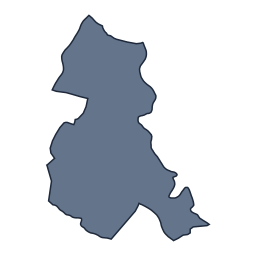 outline of Resinard, Castries, Saint Lucia
{"feature_id": "8701671B52982434499588", "entity_name": "Resinard", "entity_type": "district", "adm_level": 2, "iso_a3": "LCA", "parent_name": "Saint Lucia", "parent_adm1": "Castries", "projection": "mercator", "projection_center": [-60.941, 14.004], "detail": "fine", "context": "isolated", "style": "filled", "palette": "slate", "viewbox_px": 256, "rotation_deg": 0, "n_neighbors": 0, "source": "geoboundaries", "source_scale": "gbopen_adm2", "svg_char_len": 5809}
<svg xmlns="http://www.w3.org/2000/svg" viewBox="0 0 256 256"><path d="M88.9,15.4L86.1,18.2L85.4,18.8L84.5,19.8L83.8,20.4L83.1,21.3L82.3,22.5L81.4,24.1L80.8,25.4L79.7,28.5L79.4,29.3L78.6,30.8L77.7,32.4L77.0,33.6L75.8,35.4L74.6,37.4L73.8,38.8L73.7,39.2L73.1,40.1L72.1,41.6L71.3,42.8L70.2,44.4L69.1,45.8L68.4,46.6L67.8,47.2L67.1,48.0L66.4,48.7L65.4,49.7L64.8,50.4L64.1,51.5L63.6,52.2L62.9,53.4L62.0,55.0L61.7,56.5L61.7,57.4L61.8,58.7L62.0,60.4L62.7,63.1L62.9,63.9L63.1,64.8L63.4,66.6L63.5,68.0L63.5,69.4L63.5,69.8L63.3,70.7L62.9,71.9L62.8,72.3L62.4,73.1L62.1,73.5L61.9,73.9L60.8,75.4L60.2,76.2L59.9,76.5L58.6,78.3L57.4,80.3L56.2,82.2L56.0,82.6L55.7,82.9L55.3,83.7L54.4,85.4L52.2,89.9L56.3,91.3L66.1,92.6L71.2,94.0L80.1,96.6L87.8,98.5L86.1,106.6L83.3,113.2L78.2,118.6L76.6,119.3L75.2,119.5L75.1,120.2L74.8,121.8L74.4,123.2L73.9,124.3L73.8,124.6L71.1,123.8L67.2,122.4L65.6,122.4L64.0,122.9L59.9,127.6L55.7,134.5L52.5,140.9L50.2,148.2L50.9,153.0L54.6,158.3L47.6,164.6L46.8,165.1L47.0,165.4L51.5,181.1L48.6,200.9L52.9,204.8L54.2,205.0L54.5,205.0L56.0,205.6L56.4,205.9L56.8,206.1L57.3,206.7L58.0,207.4L59.3,209.1L59.7,209.5L60.5,210.2L61.6,210.8L63.1,211.8L63.7,212.3L65.2,213.8L65.7,214.2L66.2,214.5L66.9,214.8L67.8,214.9L68.8,215.1L69.4,215.3L70.1,215.5L70.8,215.9L71.8,216.7L72.2,216.9L72.7,217.2L73.7,217.5L74.6,217.7L75.5,217.8L78.7,217.9L80.6,218.2L81.3,218.4L81.5,218.8L81.6,220.1L81.5,220.6L81.3,221.4L80.7,223.1L80.6,223.7L80.6,224.2L80.7,224.6L80.8,224.9L81.1,225.5L81.3,225.8L81.6,226.1L82.3,226.7L83.5,227.4L84.4,228.1L84.8,228.6L85.1,229.1L85.6,229.7L86.0,230.1L87.0,230.9L88.5,231.9L89.2,232.2L90.4,232.8L91.2,233.0L92.4,233.2L93.8,233.5L95.0,233.9L96.1,234.3L96.8,234.7L97.5,235.0L98.1,235.3L99.2,236.1L100.5,236.9L101.3,237.2L101.8,237.4L102.1,237.5L102.8,237.6L104.9,237.8L107.1,238.0L107.6,238.1L109.8,238.7L111.2,239.1L135.3,211.1L138.1,205.7L139.0,203.3L140.0,203.9L140.5,204.2L141.6,204.5L145.1,206.3L148.1,208.0L148.9,208.5L151.2,210.0L153.0,211.5L154.5,212.8L156.6,214.8L156.9,215.1L157.9,216.6L158.8,218.0L159.0,218.4L159.6,219.8L159.9,220.6L160.1,221.0L160.4,221.7L160.8,223.0L161.1,224.6L161.4,225.9L161.6,226.6L162.1,227.7L162.4,228.6L163.3,230.5L163.8,231.6L164.3,232.4L165.4,233.8L165.8,234.2L168.3,236.7L168.7,237.0L170.0,237.9L170.7,238.5L172.4,239.6L173.5,240.6L178.2,238.3L183.1,235.1L187.7,234.5L190.2,232.9L190.2,229.1L193.3,226.9L207.1,225.6L209.2,224.4L207.2,222.9L204.3,221.1L202.6,220.1L201.6,219.4L200.5,218.7L199.9,218.4L199.2,217.4L198.6,216.6L198.1,215.7L197.7,215.1L197.3,214.7L196.8,214.4L196.6,214.3L193.6,213.0L192.9,212.6L192.1,212.1L191.9,212.0L191.2,211.3L190.9,210.9L190.6,210.1L190.5,209.6L190.5,209.4L190.5,209.0L190.7,208.5L191.2,207.9L191.9,207.4L192.3,206.9L193.1,206.1L193.5,205.5L193.8,205.1L193.7,204.2L193.5,202.8L193.3,201.6L193.1,201.1L192.3,198.3L191.3,195.7L190.4,193.0L189.8,191.3L189.2,189.8L188.3,188.2L187.8,187.7L187.6,187.5L187.4,187.4L187.1,187.4L186.7,187.4L185.8,187.4L185.3,187.6L185.1,187.7L184.7,188.2L184.2,188.7L182.9,190.5L182.0,191.6L181.7,192.0L180.3,194.3L179.6,195.2L179.1,195.7L178.4,196.4L177.3,197.0L176.6,197.4L175.8,197.8L175.3,197.9L174.8,198.0L174.1,198.0L171.5,198.0L170.5,197.9L169.1,197.1L168.9,196.7L169.0,196.0L169.2,195.3L169.6,194.7L169.9,193.9L170.1,193.5L170.8,192.4L171.0,192.0L172.1,190.4L173.4,188.2L174.3,186.3L174.7,184.7L174.8,184.0L174.7,183.4L174.6,182.2L174.3,181.1L173.6,179.8L173.0,178.2L172.9,177.8L172.9,177.5L173.0,177.3L175.8,176.2L176.2,176.0L176.4,175.9L176.8,175.3L177.0,174.9L177.0,174.5L176.8,174.1L176.6,173.8L176.3,173.4L175.7,173.0L175.2,172.6L174.5,172.3L174.1,172.1L173.6,172.0L172.3,171.8L171.5,171.6L170.7,171.4L169.6,170.8L168.0,170.2L167.0,169.7L166.6,169.5L166.0,169.0L165.3,168.5L164.2,167.4L163.9,167.1L163.5,166.5L162.9,165.6L161.7,163.6L160.7,162.1L159.5,160.1L158.9,159.2L157.2,156.5L156.8,156.1L155.2,154.3L154.8,153.8L154.3,153.0L153.4,151.7L152.9,150.7L152.3,149.9L152.0,149.5L151.6,148.7L151.3,148.0L151.2,147.8L151.1,147.4L151.1,146.1L151.1,145.6L151.1,145.0L151.0,144.1L150.8,142.8L150.9,142.3L150.9,141.7L151.1,140.8L151.5,139.6L151.5,139.3L151.6,138.6L151.7,137.2L151.8,136.9L151.8,136.2L151.5,135.7L151.4,135.0L151.3,134.7L151.0,134.4L150.0,133.2L148.5,131.5L147.8,130.8L147.2,130.4L146.5,129.8L144.4,128.5L144.0,128.1L143.6,127.8L143.0,127.0L142.3,126.0L142.0,125.6L141.5,125.0L141.1,124.7L139.8,123.7L138.9,123.0L138.5,122.3L138.4,122.1L138.1,121.0L138.0,120.4L138.0,119.8L138.1,118.8L138.1,118.2L138.2,117.6L138.3,117.3L138.5,117.1L138.6,116.9L139.6,116.3L140.1,116.1L140.8,115.8L141.8,115.7L142.6,115.5L144.0,115.1L144.9,114.7L146.5,113.8L146.6,113.7L146.8,113.6L148.7,113.4L149.0,113.3L149.4,113.2L150.0,112.9L150.4,112.6L150.7,112.5L151.2,111.9L151.9,110.2L152.0,109.8L152.1,109.2L152.1,108.7L152.2,107.6L152.2,106.8L152.3,106.3L152.5,105.1L152.6,104.5L152.9,103.5L153.7,102.0L154.3,101.1L155.0,99.9L155.6,98.7L155.7,98.2L155.8,97.7L155.9,96.6L155.9,95.8L155.5,94.8L155.4,94.5L155.1,94.1L153.9,91.6L153.6,91.0L152.8,89.7L152.5,89.2L151.8,88.4L151.6,88.1L150.9,87.4L150.3,86.8L149.6,86.3L148.1,85.2L147.0,84.4L146.0,83.5L144.9,82.5L143.5,81.0L142.4,79.3L141.5,77.8L141.1,77.0L140.8,76.1L139.9,72.4L139.7,71.5L139.6,70.1L139.5,69.3L139.6,68.7L139.7,68.1L140.1,66.8L140.5,65.8L141.0,65.1L142.1,63.6L143.7,61.4L144.3,60.4L144.9,59.6L145.3,58.9L145.7,57.8L146.0,56.9L146.2,56.1L146.3,55.6L146.4,54.5L146.4,52.9L146.3,51.7L146.2,51.2L146.0,50.3L143.9,45.0L143.5,43.8L143.2,43.1L143.1,42.8L142.7,42.5L140.8,43.2L136.4,43.7L127.1,42.0L116.3,39.2L114.0,38.2L110.5,35.7L108.8,35.4L107.4,34.9L107.3,34.7L107.2,34.4L106.9,34.0L106.7,33.5L106.4,33.1L106.2,32.9L105.9,32.7L105.7,32.6L105.1,31.9L104.4,31.0L103.6,29.6L103.0,28.3L102.7,27.6L102.6,27.1L102.4,25.9L98.4,24.0L96.0,22.3L94.2,20.4L92.3,18.2L89.4,15.7L88.9,15.4Z" fill="#64748b" stroke="#1e293b" stroke-width="1.5"/></svg>